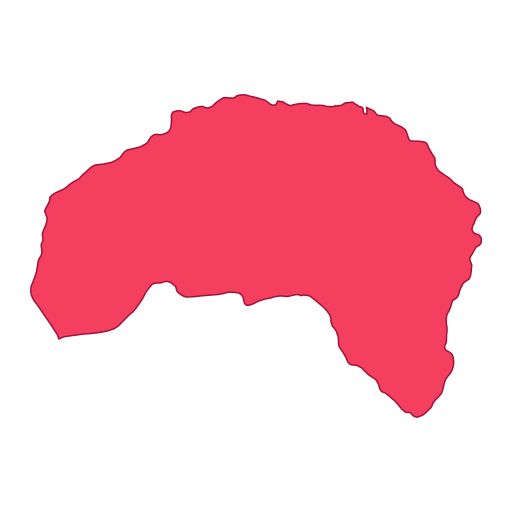 the district of Fatululic, Cova Lima, East Timor
{"feature_id": "22284137B33809863123080", "entity_name": "Fatululic", "entity_type": "district", "adm_level": 2, "iso_a3": "TLS", "parent_name": "East Timor", "parent_adm1": "Cova Lima", "projection": "mercator", "projection_center": [125.158, -9.205], "detail": "fine", "context": "isolated", "style": "filled", "palette": "rose", "viewbox_px": 512, "rotation_deg": 0, "n_neighbors": 0, "source": "geoboundaries", "source_scale": "gbopen_adm2", "svg_char_len": 6036}
<svg xmlns="http://www.w3.org/2000/svg" viewBox="0 0 512 512"><path d="M366.5,107.5L366.7,108.8L366.9,111.8L366.8,113.6L366.8,113.9L365.6,113.9L365.0,113.9L364.1,113.6L363.4,112.4L363.2,111.1L363.1,109.7L363.1,108.6L362.0,107.4L361.8,107.2L361.7,107.1L360.7,106.9L358.7,106.4L358.1,105.6L357.1,105.2L356.3,104.6L355.1,104.0L353.9,103.1L353.5,102.5L351.6,102.2L349.9,102.5L348.3,102.6L347.0,102.7L346.1,102.7L345.3,103.0L342.9,104.3L342.6,104.5L341.7,105.2L340.1,105.5L337.8,105.8L337.0,105.9L335.6,105.6L335.2,105.7L334.2,106.4L331.9,106.7L330.4,106.7L328.1,106.5L326.3,106.4L325.2,106.1L324.4,105.7L324.1,105.6L323.4,105.5L322.7,105.4L321.2,105.4L320.0,105.2L318.4,105.3L313.5,105.3L312.3,105.1L311.2,105.1L310.2,104.7L307.0,103.5L305.2,103.4L303.2,103.5L301.1,103.5L300.6,103.6L299.2,103.7L296.8,104.1L293.3,104.8L292.1,105.1L291.5,105.4L290.8,105.7L288.8,105.2L286.2,103.9L284.3,102.9L284.0,102.5L283.6,102.0L282.4,101.9L277.8,101.0L276.7,103.2L275.5,105.1L272.0,105.0L269.5,103.7L268.0,102.3L267.6,102.1L266.7,101.4L265.4,100.5L264.2,99.9L261.1,99.1L259.3,98.4L257.3,98.0L254.3,97.2L254.0,97.0L253.7,96.9L251.8,96.6L249.8,96.1L245.3,94.8L240.8,94.9L239.4,95.1L236.0,96.2L235.8,96.5L234.9,97.4L233.3,98.2L232.3,98.0L228.2,97.9L226.8,97.7L225.8,97.5L225.2,97.6L224.4,97.7L222.9,98.0L220.7,99.4L219.3,100.2L217.9,101.3L216.3,102.4L215.4,103.2L213.8,104.8L212.7,106.0L210.3,107.2L209.8,107.4L207.4,108.1L206.0,107.7L204.9,107.5L204.3,107.2L203.2,106.6L202.0,106.3L197.3,107.2L196.0,107.7L193.3,108.7L193.0,108.9L191.9,109.8L191.0,110.9L190.0,111.9L186.0,112.6L184.9,112.3L183.4,111.9L182.3,111.4L181.1,111.0L180.2,110.8L176.8,110.8L174.2,111.7L172.9,112.1L171.7,114.2L171.3,116.0L171.5,118.9L171.5,120.7L171.2,125.2L170.7,127.9L169.7,130.0L168.5,131.6L166.3,133.1L163.7,134.0L162.8,134.4L160.4,134.7L158.7,134.7L158.3,134.6L156.9,134.3L154.1,134.7L151.2,136.6L149.6,139.0L148.1,141.4L147.2,142.8L144.7,144.5L142.6,145.6L140.5,146.9L138.6,147.2L136.3,147.9L132.5,148.8L127.8,149.8L124.8,151.5L122.7,154.1L119.9,157.7L117.5,159.3L113.5,161.5L111.0,162.5L106.4,163.4L104.0,164.0L101.9,164.3L98.0,164.6L94.3,165.3L92.1,166.5L90.1,168.1L88.5,169.5L85.8,172.1L82.9,174.4L79.5,178.3L77.7,179.6L73.8,181.6L71.4,183.2L69.3,184.7L68.2,185.7L67.0,186.7L63.5,189.2L59.9,190.8L57.7,191.8L54.7,193.3L52.2,194.9L49.9,197.3L49.5,200.9L48.3,203.7L46.0,207.9L44.6,211.0L47.1,218.0L46.8,221.3L45.7,225.5L43.7,229.7L42.3,233.8L42.5,235.1L42.9,239.4L42.9,240.9L41.6,243.4L41.2,244.3L41.4,248.0L41.6,249.0L41.9,252.2L41.3,255.1L39.1,258.9L38.2,261.2L37.3,266.9L36.4,272.0L34.7,277.4L32.9,282.0L31.1,286.4L30.7,289.6L31.1,294.3L32.3,297.3L33.8,300.2L37.8,305.6L43.9,314.5L51.9,326.2L57.3,334.6L58.9,338.9L63.7,336.8L69.6,335.9L77.3,334.9L83.0,334.1L91.1,333.5L97.7,332.7L103.3,331.8L107.7,330.9L114.1,328.7L118.3,326.0L122.1,322.1L128.3,315.8L131.0,313.3L131.5,313.0L132.8,312.0L136.4,307.7L141.1,300.9L143.2,297.5L146.0,291.9L150.0,286.8L152.5,284.0L156.0,283.0L158.1,283.0L161.1,282.8L164.5,281.6L167.3,281.4L169.5,282.1L170.3,282.4L171.7,283.2L173.3,284.6L175.7,286.5L176.1,288.3L176.9,290.9L178.4,292.8L180.6,294.5L183.9,296.4L186.2,297.0L190.2,296.9L194.8,296.6L201.6,295.8L209.0,295.2L210.1,295.1L217.0,294.6L222.7,293.7L228.2,292.2L232.0,292.2L234.3,292.4L238.4,292.9L241.3,294.6L242.5,296.5L243.2,297.5L243.6,300.3L244.8,303.7L246.6,305.3L250.1,305.0L252.6,304.0L254.1,303.4L256.8,301.9L260.0,300.6L264.7,299.1L268.1,298.5L270.7,298.0L272.6,297.4L275.2,296.6L280.5,295.9L287.8,296.5L292.0,295.4L296.8,294.5L299.0,294.8L300.7,295.6L303.0,295.1L306.2,295.2L309.9,296.0L311.7,297.5L312.1,297.8L313.0,298.5L316.7,301.4L323.3,307.0L326.9,310.8L328.3,312.8L328.7,313.3L330.1,315.6L331.0,318.6L330.9,321.2L332.3,326.0L334.1,328.0L336.2,331.0L337.0,333.3L337.5,334.8L338.1,336.6L338.4,338.8L338.5,342.6L338.5,343.3L338.7,344.5L339.1,346.6L342.0,351.0L343.2,352.7L344.7,355.1L346.5,358.7L347.6,361.8L349.8,364.1L351.5,364.8L357.3,365.5L361.8,368.0L364.2,370.6L368.6,374.8L372.8,377.6L375.1,378.9L376.4,380.5L378.5,384.2L379.5,388.1L381.4,391.5L385.1,392.9L389.8,396.5L391.9,398.6L393.2,399.5L394.6,400.7L397.3,403.7L398.7,405.3L400.5,407.6L402.8,410.1L406.1,412.5L409.1,412.3L410.8,413.2L412.5,415.1L414.2,416.5L417.4,417.2L420.5,416.0L421.1,415.8L423.2,414.8L425.7,412.8L428.3,410.1L430.3,408.4L431.5,406.9L432.7,403.8L435.1,400.2L438.2,397.2L440.3,394.8L441.7,392.8L442.8,389.7L443.3,386.9L444.2,383.8L444.3,383.1L445.8,379.1L448.0,376.0L450.1,373.7L451.8,370.6L452.9,367.4L453.5,365.4L453.7,360.8L453.1,356.9L451.9,354.1L449.3,352.0L446.3,350.5L445.2,349.2L444.6,347.0L444.8,346.0L444.9,345.2L445.8,343.8L446.3,342.1L446.5,337.9L446.6,334.6L447.0,331.1L447.0,327.8L446.5,324.7L446.2,322.4L446.3,318.6L447.0,314.3L449.0,310.8L450.4,307.6L450.9,305.9L451.1,305.1L452.5,300.6L455.1,299.0L457.6,296.9L458.9,294.0L459.5,290.9L461.2,287.0L461.7,286.1L462.3,284.9L463.2,283.4L464.7,281.9L469.1,279.0L470.4,276.3L471.2,271.6L471.5,267.6L471.8,265.4L471.1,263.3L470.2,260.8L469.8,259.0L470.2,257.3L471.3,255.3L472.8,252.8L474.6,249.6L475.6,247.5L477.5,246.2L479.2,245.4L480.3,244.2L480.8,243.4L481.2,242.6L481.3,240.8L481.3,238.4L479.6,235.5L478.8,235.0L478.1,234.5L475.0,233.6L473.3,232.3L472.2,230.4L472.1,229.4L472.1,228.4L472.7,226.0L473.3,224.8L473.7,224.3L474.0,223.7L474.9,221.0L475.5,219.5L476.9,217.2L480.2,213.5L480.3,213.1L480.6,211.1L480.2,208.3L478.7,204.6L477.2,203.1L475.4,202.3L473.1,201.3L469.8,199.9L468.7,199.2L465.6,196.6L464.3,194.7L463.0,191.4L462.6,189.1L461.1,187.4L457.1,184.9L455.3,183.7L453.6,182.5L451.7,180.3L448.8,177.9L441.9,173.2L440.0,171.9L437.5,169.5L435.7,166.1L435.0,163.4L435.2,161.5L435.0,159.6L434.7,157.7L432.0,153.7L431.4,152.8L431.1,152.2L429.9,150.0L428.7,148.0L427.5,144.9L426.7,143.3L424.8,142.1L422.1,141.6L417.7,141.1L414.0,141.2L410.8,140.9L409.2,139.8L408.2,137.4L407.0,133.5L406.1,131.2L405.3,129.7L403.3,128.2L401.6,127.0L399.2,125.9L394.2,123.5L391.4,120.7L389.5,118.0L386.7,116.5L383.0,115.9L380.0,115.6L377.3,115.1L376.2,113.9L373.8,110.9L366.5,107.5Z" fill="#f43f5e" stroke="#9f1239" stroke-width="1.5"/></svg>